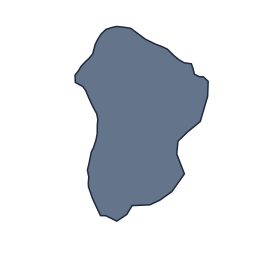 outline of Asomatos Keryneias, Cyprus, rotated 296°
{"feature_id": "46923920B22292626900654", "entity_name": "Asomatos Keryneias", "entity_type": "district", "adm_level": 2, "iso_a3": "CYP", "parent_name": "Cyprus", "parent_adm1": "", "projection": "natural_earth1", "projection_center": [33.086, 35.27], "detail": "fine", "context": "isolated", "style": "filled", "palette": "slate", "viewbox_px": 256, "rotation_deg": 296, "n_neighbors": 0, "source": "geoboundaries", "source_scale": "gbopen_adm2", "svg_char_len": 931}
<svg xmlns="http://www.w3.org/2000/svg" viewBox="0 0 256 256"><g transform="rotate(296 128 128)"><path d="M111.5,198.8L126.1,183.1L138.1,178.7L150.2,183.1L165.6,190.1L191.4,185.7L205.1,179.6L207.0,173.4L205.4,169.6L205.4,164.1L209.6,160.7L213.5,156.8L211.2,149.8L211.6,144.4L213.1,137.8L216.1,128.9L216.1,123.5L215.4,115.7L215.4,104.5L217.3,94.8L218.8,86.7L216.5,79.3L215.4,76.3L214.2,73.1L210.8,68.9L207.0,65.0L200.9,62.7L194.0,61.9L188.6,61.9L179.1,63.8L173.0,62.3L169.1,60.7L162.7,58.8L157.7,58.4L152.3,57.2L145.8,60.7L145.5,69.2L143.2,73.5L137.8,79.7L134.0,84.3L129.8,89.8L127.1,93.6L122.5,97.1L117.2,99.1L109.2,102.9L103.1,104.5L95.4,105.6L90.1,105.6L84.0,107.2L78.2,108.7L72.5,109.9L66.8,114.2L61.0,116.5L57.6,118.4L53.4,122.7L49.2,126.9L43.8,133.5L37.2,141.7L39.4,146.5L39.4,158.7L49.7,164.8L60.0,165.7L68.6,181.4L77.2,188.3L90.1,195.3L100.4,197.0L111.5,198.8Z" fill="#64748b" stroke="#1e293b" stroke-width="1.5"/></g></svg>